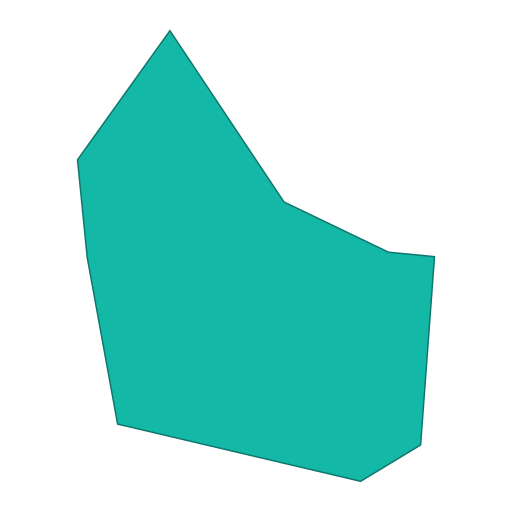 outline of Neutral Zone
{"feature_id": "ARE-344", "entity_name": "Neutral Zone", "entity_type": "Emirate", "adm_level": 1, "iso_a3": "ARE", "parent_name": "United Arab Emirates", "parent_adm1": "", "projection": "equal_earth", "projection_center": [56.299, 24.93], "detail": "fine", "context": "isolated", "style": "filled", "palette": "teal", "viewbox_px": 512, "rotation_deg": 0, "n_neighbors": 0, "source": "natural_earth", "source_scale": "10m", "svg_char_len": 273}
<svg xmlns="http://www.w3.org/2000/svg" viewBox="0 0 512 512"><path d="M434.5,256.7L420.6,445.0L418.9,446.0L360.6,481.3L117.6,424.1L87.2,257.3L77.5,159.8L169.9,30.7L284.0,202.0L388.5,252.2L433.0,256.5L434.5,256.7Z" fill="#14b8a6" stroke="#0f766e" stroke-width="1.5"/></svg>